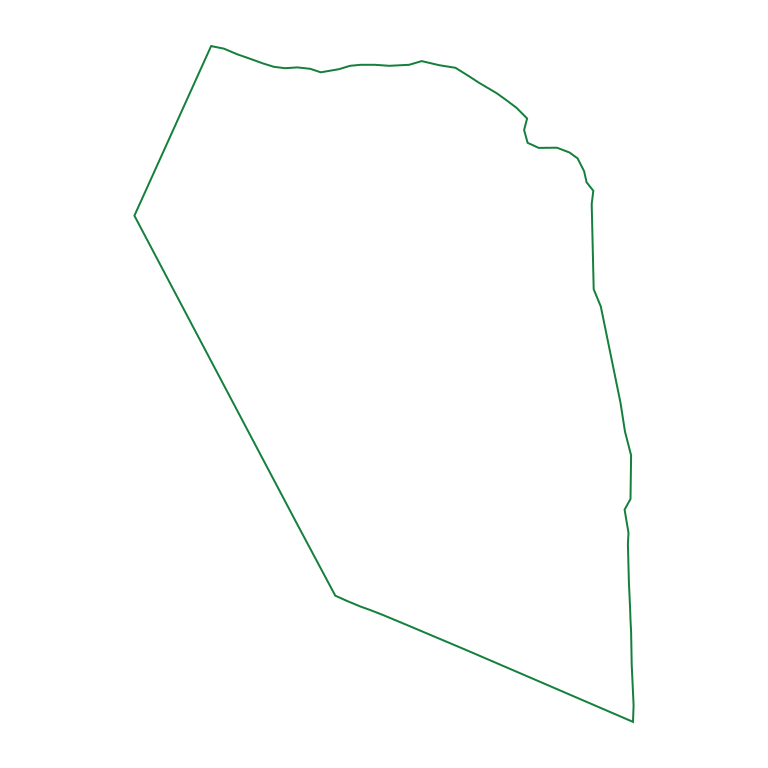 Guamaré, Rio Grande do Norte, Brazil
{"feature_id": "56859067B92997995689040", "entity_name": "Guamaré", "entity_type": "district", "adm_level": 2, "iso_a3": "BRA", "parent_name": "Brazil", "parent_adm1": "Rio Grande do Norte", "projection": "mercator", "projection_center": [-36.327, -5.185], "detail": "fine", "context": "isolated", "style": "outline", "palette": "green", "viewbox_px": 768, "rotation_deg": 0, "n_neighbors": 0, "source": "geoboundaries", "source_scale": "gbopen_adm2", "svg_char_len": 849}
<svg xmlns="http://www.w3.org/2000/svg" viewBox="0 0 768 768"><path d="M527.1,118.5L516.6,107.9L506.4,100.2L496.8,93.3L478.7,82.6L470.0,76.9L455.5,67.8L439.2,65.2L421.7,61.1L409.1,64.8L389.4,65.8L374.7,64.8L360.7,64.8L350.1,65.8L338.9,69.2L320.8,72.3L310.2,68.8L297.4,67.4L285.0,68.2L273.8,66.8L262.6,63.3L251.0,59.1L237.0,54.2L223.8,48.6L211.1,46.1L134.4,215.7L296.4,522.7L335.3,595.7L346.9,600.9L360.1,606.4L370.1,610.0L381.7,614.5L402.6,623.2L467.5,650.6L482.6,657.1L633.0,721.9L633.6,705.3L631.7,664.3L631.1,631.9L630.5,620.2L630.1,608.4L628.9,582.1L627.9,544.2L628.5,532.9L624.6,509.6L630.5,499.0L631.1,455.3L625.0,431.7L620.5,402.8L600.8,306.5L593.7,289.3L591.7,204.0L593.3,190.8L586.6,182.3L584.1,171.2L577.6,158.4L569.5,152.5L556.9,147.7L538.7,147.9L527.6,142.8L524.1,130.0L527.1,118.5Z" fill="none" stroke="#15803d" stroke-width="2"/></svg>